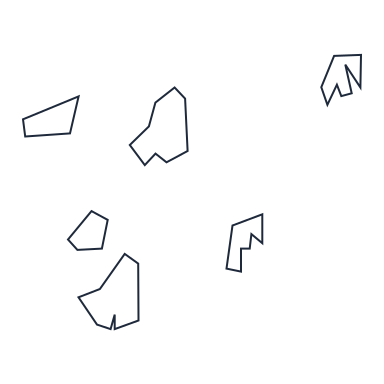 the Region of Bolama
{"feature_id": "GNB-770", "entity_name": "Bolama", "entity_type": "Region", "adm_level": 1, "iso_a3": "GNB", "parent_name": "Guinea-Bissau", "parent_adm1": "", "projection": "equal_earth", "projection_center": [-15.897, 11.361], "detail": "coarse", "context": "isolated", "style": "outline", "palette": "slate", "viewbox_px": 384, "rotation_deg": 0, "n_neighbors": 0, "source": "natural_earth", "source_scale": "10m", "svg_char_len": 709}
<svg xmlns="http://www.w3.org/2000/svg" viewBox="0 0 384 384"><path d="M138.2,263.6L138.5,320.5L114.7,329.1L114.7,314.6L110.6,329.1L97.0,324.6L78.5,297.3L99.9,289.0L124.7,253.9L138.2,263.6ZM148.9,126.4L155.4,102.6L174.6,87.5L185.1,98.6L187.6,151.0L166.5,162.3L155.5,153.6L144.8,165.1L129.8,145.0L148.9,126.4ZM70.0,133.4L25.2,136.5L23.0,119.3L78.6,96.4L70.0,133.4ZM262.3,214.3L262.3,243.2L251.4,234.1L249.7,248.6L241.0,248.6L241.0,271.6L226.5,268.6L232.5,225.5L262.3,214.3ZM361.0,54.9L360.4,87.5L345.3,64.6L351.7,93.3L341.3,96.1L336.9,84.7L327.4,104.8L321.3,87.2L334.1,55.9L361.0,54.9ZM101.9,248.6L77.4,249.9L68.0,239.5L91.5,211.1L107.7,219.9L101.9,248.6Z" fill="none" stroke="#1e293b" stroke-width="2"/></svg>